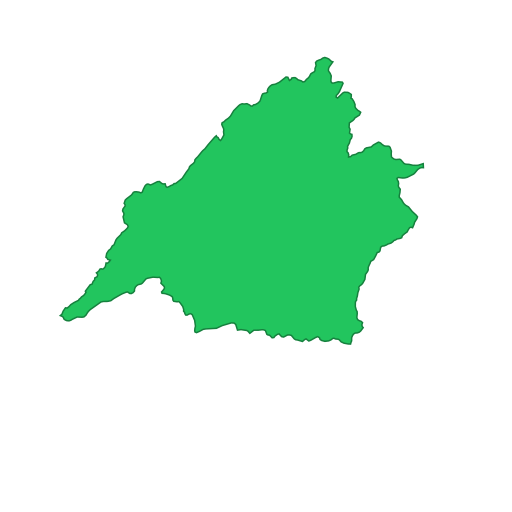 Rio Pardo de Minas, Minas Gerais, Brazil, rotated 49°
{"feature_id": "56859067B77231860694745", "entity_name": "Rio Pardo de Minas", "entity_type": "district", "adm_level": 2, "iso_a3": "BRA", "parent_name": "Brazil", "parent_adm1": "Minas Gerais", "projection": "natural_earth1", "projection_center": [-42.565, -15.774], "detail": "fine", "context": "isolated", "style": "filled", "palette": "green", "viewbox_px": 512, "rotation_deg": 49, "n_neighbors": 0, "source": "geoboundaries", "source_scale": "gbopen_adm2", "svg_char_len": 6065}
<svg xmlns="http://www.w3.org/2000/svg" viewBox="0 0 512 512"><g transform="rotate(49 256 256)"><path d="M250.2,346.9L251.4,346.8L252.9,347.5L254.4,347.8L255.4,346.8L255.8,344.8L256.7,343.1L258.4,342.6L264.3,344.5L269.2,347.7L270.5,349.5L272.1,351.2L273.3,351.9L274.8,351.2L275.8,348.1L276.7,344.0L278.1,341.7L284.6,333.3L286.4,327.0L287.7,324.2L290.3,318.5L292.3,316.5L294.4,316.2L299.8,318.6L301.7,315.6L306.2,311.8L307.5,311.4L310.3,311.4L310.6,306.3L313.6,302.8L315.6,299.8L316.7,298.7L318.4,297.8L322.3,299.2L323.6,298.7L324.6,297.7L328.3,297.5L329.3,296.0L328.9,294.3L329.0,292.9L329.2,291.2L330.0,289.6L331.8,289.7L333.8,289.5L335.3,288.3L336.3,284.0L337.7,282.4L339.1,281.4L343.7,281.5L345.2,281.0L346.6,279.8L351.0,277.0L351.0,274.1L351.4,272.6L354.8,271.9L355.5,270.0L356.6,264.5L357.3,262.3L359.4,261.7L361.0,262.4L362.8,261.9L365.6,260.0L367.7,256.9L368.2,255.4L368.6,253.8L368.5,252.4L369.2,251.1L370.7,250.5L372.8,248.5L374.0,248.1L376.6,248.1L379.5,246.8L382.8,244.2L384.5,242.4L383.7,241.3L382.8,239.5L380.4,237.4L379.5,235.6L378.9,233.7L379.2,231.7L380.4,230.2L381.2,228.3L381.3,226.3L380.4,222.1L379.0,222.1L377.4,221.3L376.2,219.3L374.3,219.5L372.9,220.3L371.5,220.9L370.1,220.9L368.5,220.2L365.9,217.4L364.2,216.1L362.8,215.9L359.3,214.2L356.6,211.8L355.7,210.8L355.3,209.0L354.0,207.9L352.8,205.9L350.5,203.2L348.6,199.9L347.0,199.0L346.6,197.4L346.8,195.7L346.7,193.7L345.1,189.2L341.7,185.4L340.9,182.0L340.1,180.4L338.4,179.0L337.5,177.4L336.1,174.2L335.3,173.0L335.9,169.6L334.5,165.8L332.9,162.2L333.7,160.7L333.5,159.1L331.2,156.2L331.3,154.2L332.4,152.8L333.3,150.1L333.5,148.7L334.8,145.7L335.0,143.5L334.8,141.5L335.4,140.3L335.7,138.3L337.2,135.8L337.8,134.1L336.7,132.2L336.7,129.1L337.0,126.1L336.3,124.5L335.4,121.5L336.0,120.1L337.4,119.3L335.7,115.8L334.6,114.2L333.4,110.1L332.4,108.4L330.2,108.3L325.0,108.9L319.0,108.7L315.8,109.8L313.7,110.0L312.3,109.9L308.9,109.2L305.6,109.3L304.5,108.4L302.6,105.8L300.2,103.3L297.7,103.2L296.2,102.4L295.0,100.9L293.1,99.7L291.3,99.4L289.9,98.7L290.0,97.2L293.1,94.4L294.6,92.6L295.8,90.3L297.6,83.2L297.5,81.4L296.8,77.2L297.1,74.7L297.9,73.1L299.2,71.7L296.0,69.2L293.9,74.1L292.6,75.7L290.4,78.1L287.2,80.4L284.8,82.9L283.1,83.6L278.5,83.6L277.3,84.0L275.0,87.1L273.5,88.2L271.8,88.6L270.1,88.8L267.6,86.9L265.7,85.0L261.9,83.5L260.3,83.7L258.1,86.1L256.9,87.0L254.2,87.7L252.7,87.8L251.5,88.2L250.4,88.9L249.2,94.6L249.3,97.5L246.8,101.8L246.5,103.6L247.2,105.6L247.3,107.8L246.5,109.4L245.6,110.3L245.1,111.7L244.8,113.8L243.0,117.3L243.1,119.4L242.0,121.2L240.4,119.6L238.6,118.8L237.0,118.9L235.7,117.7L234.8,116.0L233.3,114.9L232.0,111.4L230.0,108.5L229.8,106.8L228.7,105.0L227.1,103.8L226.0,104.6L224.6,104.8L222.0,101.8L219.9,101.3L216.8,98.2L217.3,94.2L217.2,92.4L216.7,90.8L217.5,85.5L216.2,82.7L214.6,83.0L213.0,83.6L210.0,83.8L208.2,83.3L206.7,81.9L203.6,80.8L200.4,80.3L199.2,80.8L198.1,79.4L196.6,78.1L194.0,78.8L192.8,79.3L190.3,81.9L189.9,83.5L190.3,90.8L188.6,91.3L187.5,90.0L187.3,87.6L186.7,85.3L182.8,77.0L181.4,76.8L178.4,79.7L176.5,83.8L175.5,85.1L173.7,85.1L172.5,84.2L169.5,81.1L166.8,80.2L163.9,79.9L162.8,79.0L161.9,77.9L161.3,76.6L159.9,70.6L158.5,71.4L155.1,71.8L153.5,72.5L151.3,73.8L150.4,75.9L150.3,77.9L149.3,80.3L148.7,82.4L149.1,84.2L151.7,85.7L153.2,88.5L154.7,89.7L155.2,91.1L154.6,93.8L154.5,95.3L155.6,97.9L155.9,100.1L155.8,102.0L156.3,104.9L155.4,106.5L153.7,106.8L150.4,108.8L148.7,108.9L147.0,109.5L145.8,111.0L145.1,112.4L145.8,113.6L145.5,115.6L142.0,114.7L140.6,115.9L140.2,124.4L139.0,128.7L137.3,131.5L137.0,133.7L137.2,135.6L137.7,137.4L138.6,138.9L139.9,139.7L139.6,141.5L138.6,143.0L138.0,144.7L138.8,146.5L141.6,151.1L141.9,153.6L141.7,155.1L141.3,157.1L140.3,158.7L140.5,160.3L139.4,161.5L138.0,161.7L135.1,162.9L133.5,165.3L132.0,166.6L131.3,168.6L131.2,170.4L131.7,177.5L133.7,183.6L133.9,186.4L133.5,189.9L133.7,192.1L133.2,194.1L134.1,195.4L135.5,196.0L138.6,196.9L139.8,197.7L140.9,199.0L143.6,200.8L145.2,205.1L145.6,207.0L143.9,207.4L141.8,206.9L140.4,207.4L139.2,207.1L139.2,209.4L140.6,219.2L141.6,224.2L141.6,227.1L141.9,229.3L142.9,234.8L143.0,236.9L143.3,238.9L144.7,240.6L145.0,242.4L144.8,246.1L145.1,247.8L146.1,249.3L147.0,253.6L149.0,260.8L148.6,269.0L147.6,270.3L147.7,272.2L147.0,273.9L146.5,276.4L145.8,278.1L144.5,278.4L141.9,277.2L140.9,278.6L139.5,279.5L136.4,280.0L135.2,281.7L133.8,287.2L133.1,289.1L131.2,290.0L130.3,291.0L130.1,292.4L130.3,293.8L131.6,297.0L133.2,300.0L132.8,301.5L131.0,302.4L129.0,304.2L128.0,305.4L127.5,306.8L128.3,309.8L127.9,316.1L128.0,318.0L129.8,321.0L131.3,321.1L132.4,322.0L133.2,325.5L134.4,327.1L137.1,327.7L138.2,328.7L139.2,330.6L144.7,333.5L148.0,332.5L149.9,333.1L150.5,334.6L150.7,336.5L150.8,338.6L150.4,342.2L151.2,344.0L151.5,349.2L152.0,351.2L154.4,355.8L154.1,357.8L155.3,361.2L155.1,363.5L156.1,367.0L158.5,370.1L159.8,369.8L161.4,370.1L163.6,368.6L164.0,370.5L164.0,372.8L162.9,373.7L165.1,376.6L165.5,378.3L165.4,380.3L164.0,381.3L163.5,382.6L164.1,383.9L164.2,385.7L164.0,387.5L165.4,387.5L166.5,388.0L167.4,389.5L166.8,392.0L168.2,393.6L168.3,395.5L169.7,398.3L168.9,399.9L170.6,407.9L171.8,408.1L172.3,409.6L172.7,411.9L172.4,414.6L172.7,416.2L172.6,417.8L173.0,419.1L171.8,423.6L171.2,427.6L171.5,430.2L171.4,432.6L170.1,433.8L171.1,437.7L172.6,440.6L172.6,442.8L174.6,441.8L176.0,441.7L177.5,442.3L179.0,442.0L180.7,441.2L182.3,439.6L183.0,437.9L183.2,436.4L184.7,431.0L188.1,427.4L189.1,425.8L189.1,423.1L188.4,421.1L187.9,419.0L187.7,416.3L189.0,403.1L190.2,401.0L192.9,397.8L194.5,394.9L194.8,391.2L196.3,383.7L196.8,381.6L198.1,377.8L198.9,376.5L201.4,375.9L202.5,374.8L203.0,372.9L202.7,370.7L201.3,369.4L200.3,367.4L200.1,365.3L200.3,363.8L201.8,360.9L201.9,359.4L201.1,354.1L201.6,352.5L204.4,347.6L207.7,344.3L208.7,342.8L210.1,342.7L211.6,343.1L213.0,343.9L214.1,345.6L218.9,345.3L220.1,346.1L220.7,347.4L221.2,350.9L222.5,351.4L223.9,350.0L225.3,348.9L228.9,346.8L231.7,345.9L233.2,346.5L234.7,347.6L236.2,347.8L238.8,345.6L239.8,344.1L241.5,344.0L246.0,344.4L248.8,345.6L250.2,346.9Z" fill="#22c55e" stroke="#15803d" stroke-width="1.5"/></g></svg>